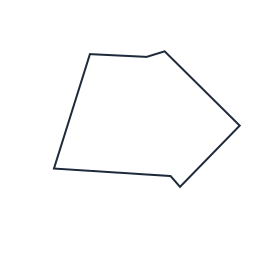 the district of 44, Ad Dawhah, Qatar, rotated 134°
{"feature_id": "91078587B22433394531175", "entity_name": "44", "entity_type": "district", "adm_level": 2, "iso_a3": "QAT", "parent_name": "Qatar", "parent_adm1": "Ad Dawhah", "projection": "albers", "projection_center": [51.528, 25.245], "detail": "fine", "context": "isolated", "style": "outline", "palette": "slate", "viewbox_px": 256, "rotation_deg": 134, "n_neighbors": 0, "source": "geoboundaries", "source_scale": "gbopen_adm2", "svg_char_len": 264}
<svg xmlns="http://www.w3.org/2000/svg" viewBox="0 0 256 256"><g transform="rotate(134 128 128)"><path d="M48.7,49.3L48.7,49.9L47.4,154.9L63.9,164.0L101.3,206.7L208.6,153.1L133.0,64.0L134.2,49.7L48.7,49.3Z" fill="none" stroke="#1e293b" stroke-width="2"/></g></svg>